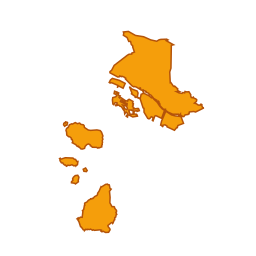 Central 2 Mahe, Mont Fleuri, Seychelles (Robinson projection), rotated 161°
{"feature_id": "34574756B38092183622343", "entity_name": "Central 2 Mahe", "entity_type": "district", "adm_level": 2, "iso_a3": "SYC", "parent_name": "Seychelles", "parent_adm1": "Mont Fleuri", "projection": "robinson", "projection_center": [55.478, -4.632], "detail": "fine", "context": "isolated", "style": "filled", "palette": "amber", "viewbox_px": 256, "rotation_deg": 161, "n_neighbors": 0, "source": "geoboundaries", "source_scale": "gbopen_adm2", "svg_char_len": 5955}
<svg xmlns="http://www.w3.org/2000/svg" viewBox="0 0 256 256"><g transform="rotate(161 128 128)"><path d="M74.2,121.6L71.5,120.6L69.7,121.8L66.8,121.2L66.0,121.9L65.6,121.6L64.7,123.2L60.5,122.2L58.9,121.1L50.3,122.2L50.2,122.7L50.9,123.5L50.9,125.0L50.5,125.9L50.8,126.5L51.5,126.8L52.2,126.1L54.1,126.8L55.4,128.6L57.1,129.9L54.7,130.8L53.8,132.2L54.4,133.5L55.9,134.7L56.2,136.0L57.2,135.6L58.2,136.2L58.3,137.9L57.8,139.0L58.6,142.5L60.7,143.0L62.2,144.0L63.0,142.8L64.6,143.7L65.6,143.1L68.5,144.7L70.3,146.6L67.6,145.9L68.7,147.1L68.8,148.1L68.2,148.7L70.2,152.4L70.8,152.1L71.5,152.9L72.7,157.1L73.3,157.1L70.3,167.4L67.9,170.6L60.1,192.1L57.9,191.9L63.4,198.1L61.5,198.3L62.5,199.4L68.1,201.1L69.8,201.3L72.6,200.7L77.8,203.9L83.5,209.2L90.8,213.1L96.2,219.2L101.1,220.3L101.1,219.1L102.2,217.2L99.4,213.8L99.1,209.6L97.4,209.0L97.7,206.0L96.8,204.0L97.2,202.9L97.2,197.7L100.0,197.6L100.4,196.7L103.1,197.4L105.0,197.0L120.7,191.7L124.7,187.9L126.7,187.2L127.1,186.1L121.1,179.6L119.7,179.2L118.8,180.0L117.7,178.7L116.9,178.9L115.1,177.4L113.9,175.8L114.5,175.3L110.4,166.4L109.0,165.0L108.3,165.1L106.8,164.0L104.4,161.1L103.5,162.1L103.2,161.8L103.5,159.9L102.0,158.8L101.9,155.7L104.6,155.6L106.8,152.0L109.2,154.2L107.1,157.8L107.3,160.0L111.4,163.4L113.2,166.6L112.9,159.7L113.6,159.2L110.8,155.3L111.6,154.3L110.5,154.8L107.0,151.5L107.2,142.1L106.5,141.4L107.7,137.7L106.2,130.7L105.2,129.8L104.3,129.9L102.3,131.1L100.8,129.6L102.5,127.3L102.0,126.6L98.8,130.5L97.6,130.6L93.1,126.2L87.9,132.5L87.1,131.2L94.1,123.5L96.2,120.1L95.2,119.3L95.2,118.6L94.3,117.5L95.1,119.3L92.0,119.0L90.5,117.3L90.7,116.4L84.8,110.7L81.7,112.6L81.2,112.3L80.1,114.1L74.0,114.3L74.2,121.6ZM74.2,121.6L79.5,124.1L82.6,126.2L89.4,134.9L90.9,138.3L92.0,142.8L94.2,146.8L94.2,147.7L91.7,144.8L92.1,144.3L91.2,142.9L90.5,143.4L90.3,142.9L91.2,142.6L91.2,142.2L90.5,142.1L90.1,141.0L90.5,140.7L90.1,140.1L90.5,138.8L88.6,134.6L87.3,133.1L86.8,133.7L86.4,133.5L86.7,132.6L85.1,130.1L81.2,126.5L75.6,124.5L75.8,123.6L75.0,123.2L73.9,124.0L74.2,123.0L73.5,122.5L74.7,122.0L74.2,121.6ZM95.6,151.6L94.4,148.7L94.7,148.3L96.0,148.9L97.6,151.5L101.6,155.6L101.8,158.6L101.0,159.7L101.3,158.8L99.0,156.7L99.5,156.3L97.1,154.0L97.1,153.1L95.6,151.6ZM183.2,36.5L180.3,35.7L178.1,37.6L178.0,38.7L178.9,41.2L178.7,42.4L174.5,43.9L173.7,43.7L173.6,42.7L173.1,43.0L170.9,45.6L170.4,45.6L169.7,47.6L168.6,47.8L167.5,49.8L166.8,49.9L166.9,52.2L166.1,52.5L165.7,53.9L166.7,56.4L166.5,57.6L166.8,58.2L168.7,58.8L169.5,63.2L167.5,68.3L166.1,74.2L163.8,75.7L164.7,76.8L164.2,80.3L165.5,81.0L165.6,81.6L167.5,82.0L172.3,80.9L172.6,81.3L175.9,77.7L178.0,76.2L178.2,75.4L179.2,74.4L182.0,74.0L183.9,72.8L184.6,73.2L185.3,72.7L186.4,73.3L186.8,72.9L188.9,72.6L191.2,71.3L193.1,71.2L193.8,70.4L193.9,69.1L194.4,69.0L196.5,65.3L198.0,64.7L197.8,63.8L200.4,58.5L202.1,59.2L203.9,58.4L204.3,59.3L205.8,58.7L205.3,58.1L204.6,58.4L204.7,57.5L205.3,57.1L204.9,55.3L205.0,50.1L204.4,49.6L203.4,46.2L202.2,45.8L202.4,45.2L200.8,46.0L199.8,45.1L199.1,45.4L197.5,44.5L196.3,44.6L194.9,42.9L194.0,43.1L193.2,42.2L187.6,40.8L186.5,40.1L187.2,39.4L186.4,38.3L185.3,38.6L183.2,36.5ZM162.1,118.6L158.9,118.7L158.6,120.2L157.8,120.5L157.5,121.8L156.8,122.6L156.4,124.6L155.4,125.5L155.3,127.5L154.3,128.6L154.4,132.7L155.1,134.6L158.0,136.3L164.1,137.9L166.2,139.0L169.0,142.7L168.7,144.6L169.2,145.6L171.5,146.9L172.1,148.4L174.5,148.6L176.1,150.3L179.2,149.8L179.9,150.3L182.4,150.1L184.4,147.9L185.2,148.0L186.7,147.1L187.5,145.7L187.4,144.3L188.2,141.3L187.0,139.1L186.0,138.7L185.0,137.2L185.2,135.6L184.5,135.3L184.6,134.3L184.8,132.6L185.5,132.2L182.8,129.3L182.0,127.2L181.0,127.0L181.0,126.2L180.4,126.0L179.3,123.5L177.8,122.9L175.7,122.9L174.6,124.5L172.4,125.7L170.6,125.8L169.3,124.6L169.4,123.4L168.7,123.0L168.0,121.4L163.9,119.9L163.4,119.0L162.4,119.1L162.1,118.6ZM120.2,140.3L121.8,138.8L119.9,136.9L115.2,136.1L115.1,137.2L115.9,137.4L115.6,138.3L117.7,139.2L117.3,140.9L116.0,141.9L114.0,141.4L114.0,140.7L111.6,140.7L111.7,142.7L112.4,142.8L112.3,143.3L116.4,144.2L116.5,145.1L115.9,145.2L116.6,147.1L115.5,148.0L115.8,148.4L115.0,149.3L115.6,150.0L114.6,151.5L117.6,154.8L119.0,154.5L119.6,153.5L121.4,154.7L122.4,153.6L122.7,152.6L120.8,151.5L121.4,150.1L126.6,155.5L125.3,156.9L124.2,155.8L124.8,155.1L123.8,153.8L122.2,155.6L125.1,159.5L126.0,159.0L126.5,160.1L125.0,161.0L126.2,162.0L126.2,163.2L125.3,164.1L126.1,165.0L126.8,163.8L127.5,164.9L126.9,165.7L128.7,167.2L130.0,165.0L128.7,163.9L128.0,162.2L129.4,161.5L132.5,161.7L133.6,159.7L134.5,155.6L134.0,154.8L131.9,156.2L130.2,155.5L130.4,154.2L132.5,153.7L132.3,153.0L129.3,152.7L128.4,151.1L127.4,150.5L126.6,147.6L124.7,148.6L125.6,151.5L123.0,149.8L122.1,148.1L122.2,146.5L123.2,145.7L124.8,147.4L126.5,146.8L125.9,145.4L126.5,142.4L124.6,143.7L123.9,142.5L123.6,141.4L123.9,140.6L125.3,140.4L125.9,139.7L124.9,138.5L123.8,140.5L122.7,139.7L121.2,140.3L121.6,140.6L121.5,143.0L121.8,143.1L121.4,144.7L118.4,143.7L118.6,143.3L117.5,142.8L118.7,139.3L120.3,140.0L120.2,140.3ZM189.3,109.2L187.7,109.8L186.2,112.7L187.3,113.0L187.8,115.4L188.9,115.9L189.8,117.5L196.9,120.3L201.3,120.4L202.0,120.9L201.9,121.4L202.5,121.4L202.2,120.7L202.8,120.1L202.9,119.0L202.3,116.7L201.1,116.3L200.8,115.0L200.0,113.6L199.2,113.4L198.7,111.9L197.7,112.0L197.7,111.6L197.5,112.3L196.9,112.4L195.4,111.6L192.9,111.5L191.5,109.8L189.1,109.6L189.3,109.2ZM130.9,177.2L130.3,176.8L130.6,175.9L129.9,176.7L128.2,175.7L123.7,171.6L125.0,169.4L123.5,171.1L119.7,167.2L116.1,171.1L120.7,175.9L126.6,180.0L129.0,179.1L130.9,177.2ZM195.9,92.2L192.4,93.3L192.3,94.3L190.4,97.5L190.9,99.7L193.4,100.2L195.7,99.2L197.0,97.9L197.0,96.6L199.0,95.5L199.3,94.6L196.5,93.1L195.9,92.2ZM187.3,150.2L185.4,150.9L184.9,150.5L183.4,152.6L183.6,153.2L185.0,154.1L185.7,153.2L186.1,153.7L187.2,153.3L187.9,152.0L187.3,150.2ZM183.8,101.4L181.5,100.3L180.4,101.1L181.1,104.0L183.8,103.6L183.8,101.4Z" fill="#f59e0b" stroke="#b45309" stroke-width="1.5"/></g></svg>